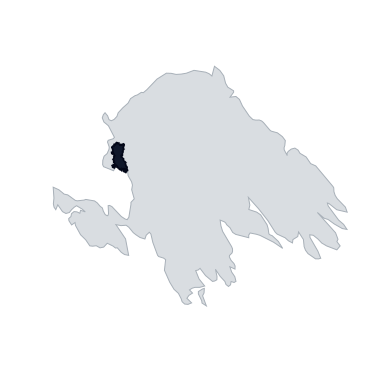 Ballybay-Clones Lea-5, Monaghan, Ireland (highlighted), rotated 243°
{"feature_id": "5873133B63636578816304", "entity_name": "Ballybay-Clones Lea-5", "entity_type": "district", "adm_level": 2, "iso_a3": "IRL", "parent_name": "Ireland", "parent_adm1": "Monaghan", "projection": "equal_earth", "projection_center": [-7.062, 54.133], "detail": "fine", "context": "in_parent", "style": "filled", "palette": "ink", "viewbox_px": 384, "rotation_deg": 243, "n_neighbors": 0, "source": "geoboundaries", "source_scale": "gbopen_adm2", "svg_char_len": 8682}
<svg xmlns="http://www.w3.org/2000/svg" viewBox="0 0 384 384"><g transform="rotate(243 192 192)"><path d="M245.8,80.0L237.5,84.2L236.2,85.8L233.8,92.2L233.6,94.0L228.3,101.1L225.4,102.6L220.9,103.7L218.4,104.9L215.3,104.3L211.3,104.4L209.3,105.7L209.4,106.7L210.6,107.8L217.9,111.1L217.5,112.4L215.4,114.0L202.2,117.9L198.2,120.2L196.8,121.7L198.2,124.3L208.7,132.0L210.5,132.9L212.1,137.4L221.4,139.3L225.2,142.1L228.5,142.8L235.6,142.5L238.5,143.6L240.1,142.8L241.1,141.3L249.1,135.8L246.6,131.7L254.7,124.7L256.9,124.8L260.7,126.9L263.8,129.9L264.8,133.9L267.8,137.5L269.7,138.7L274.9,139.4L276.1,140.8L275.2,146.0L275.9,147.7L289.0,147.6L294.3,145.3L298.8,145.7L301.1,148.1L302.1,150.5L298.2,151.4L294.1,150.9L292.1,152.5L292.0,155.5L293.4,159.4L296.1,162.2L298.4,168.5L300.2,175.4L303.1,179.6L303.7,184.9L303.3,187.4L303.8,192.1L302.6,193.7L303.6,198.1L308.5,212.1L309.5,223.1L307.2,227.3L304.0,231.2L302.0,235.8L300.4,240.9L299.5,249.0L292.6,258.5L289.7,260.9L286.3,262.4L293.8,269.1L287.7,272.0L281.1,273.0L273.7,271.3L269.1,271.5L263.3,275.0L262.0,274.4L259.2,268.9L257.2,274.5L253.0,276.3L245.7,276.0L233.6,277.5L228.9,279.1L227.0,281.6L225.6,284.6L223.7,286.3L221.5,287.2L212.1,289.4L210.3,290.2L205.9,295.0L200.2,297.7L195.5,298.5L191.3,295.8L189.6,294.1L187.7,293.3L181.2,293.4L183.3,294.2L184.5,296.2L185.2,299.9L184.4,303.6L181.2,305.5L177.4,305.8L171.4,309.6L163.4,310.6L159.1,314.1L132.9,320.1L131.4,320.2L127.8,318.6L123.9,318.0L120.0,318.4L108.9,321.8L103.6,321.1L110.5,312.9L119.7,308.7L120.7,307.6L117.7,307.0L100.4,309.9L94.3,312.4L88.3,313.1L91.2,309.3L99.0,304.2L105.7,300.8L108.7,297.8L116.9,294.4L90.5,301.4L83.6,300.6L82.0,298.6L76.7,299.5L74.7,294.8L82.8,287.5L87.5,284.5L93.1,282.8L98.4,280.4L100.4,277.5L97.9,276.5L82.1,277.3L74.5,276.6L75.0,274.3L76.4,271.7L84.4,267.4L88.6,266.7L92.4,267.1L99.1,269.7L108.0,268.8L104.3,266.0L103.8,260.3L101.0,258.4L104.7,255.8L108.9,254.2L115.9,248.7L118.4,247.9L132.1,246.6L146.9,243.7L161.6,239.8L154.1,237.6L150.6,234.7L144.7,240.5L140.5,242.8L128.8,244.0L125.1,243.3L119.8,241.5L118.2,242.2L116.7,243.6L108.8,246.5L100.6,247.2L110.2,241.9L122.5,232.9L125.2,230.1L129.1,225.2L127.9,223.0L125.5,221.8L134.4,211.7L137.5,209.9L143.0,209.6L147.2,208.0L149.0,208.0L150.6,207.4L154.2,204.3L148.7,202.4L143.0,201.4L125.3,202.5L123.0,202.3L120.9,201.3L119.5,200.0L118.4,196.6L117.2,195.8L113.2,195.8L109.2,196.9L106.5,196.8L103.8,195.3L108.2,191.8L102.7,191.0L97.1,191.7L92.4,190.6L92.3,188.4L94.5,186.2L91.8,184.2L91.3,181.6L94.2,180.3L97.4,180.7L104.0,178.8L112.5,177.8L105.3,175.9L102.5,174.3L102.4,171.8L103.0,169.7L111.4,166.1L120.3,164.5L119.7,162.1L120.3,159.6L111.4,158.8L102.5,160.6L103.5,155.7L105.7,151.3L106.2,148.4L105.9,145.3L101.7,146.6L101.3,142.3L99.6,139.2L93.4,141.3L93.7,137.4L95.5,134.6L98.7,133.4L101.9,133.9L107.8,133.9L113.5,131.8L121.7,131.2L134.8,131.9L143.7,137.8L146.0,136.7L149.6,133.0L151.3,132.6L164.8,134.2L173.2,136.3L175.5,135.7L174.3,131.6L171.5,128.7L175.1,125.0L179.6,122.5L182.5,121.2L189.3,119.7L192.3,118.2L194.3,113.4L197.5,109.4L180.4,111.5L164.3,106.8L166.9,103.5L170.3,101.6L176.2,100.1L176.8,98.4L179.8,97.0L184.8,93.2L183.0,88.3L184.0,84.7L187.6,82.3L188.8,78.9L190.4,76.5L197.6,75.6L204.5,73.3L215.1,73.0L217.9,73.9L217.3,69.8L222.3,69.3L224.3,70.1L225.1,73.0L227.4,74.8L228.1,78.0L226.5,80.5L224.0,82.4L226.3,84.4L222.7,87.9L226.6,86.4L232.2,82.9L231.9,80.1L230.9,76.6L229.4,73.4L230.1,69.9L233.3,67.7L241.5,66.6L238.1,62.6L241.1,62.2L244.4,63.1L249.2,66.2L259.3,70.5L254.4,74.4L248.2,77.1L245.8,80.0ZM100.8,157.4L100.5,159.2L96.6,156.9L94.7,154.3L84.0,153.1L88.5,150.5L90.7,151.3L98.3,151.4L100.4,152.5L100.8,157.4Z" fill="#d9dde1" stroke="#a8b0b8" stroke-width="1"/><path d="M268.5,141.4L268.3,141.3L268.4,141.1L268.1,140.8L268.1,140.7L267.9,140.6L267.5,140.9L267.2,140.9L267.0,141.0L266.9,140.8L266.7,140.8L266.6,140.7L266.2,140.6L266.2,140.8L265.9,140.9L265.7,140.8L265.4,140.4L265.2,140.5L264.9,140.3L264.7,140.2L264.3,140.0L263.8,139.9L263.7,139.7L263.9,139.6L263.9,139.4L264.0,139.1L263.9,139.0L263.9,138.8L263.9,138.6L263.6,138.6L263.4,138.4L263.6,138.2L263.0,138.0L262.7,137.9L262.3,138.1L262.1,138.4L261.7,138.5L261.6,138.8L261.6,139.0L261.9,139.1L262.0,139.3L261.9,139.5L262.0,139.7L261.9,139.7L261.5,139.8L261.2,139.6L260.9,139.6L260.5,139.5L260.4,139.6L259.7,139.7L259.8,139.4L259.7,139.0L259.3,139.2L259.0,139.1L259.1,138.8L259.0,138.7L258.5,138.4L258.4,138.2L258.5,138.1L258.2,138.0L257.9,138.1L257.8,137.8L257.7,137.7L257.5,137.4L257.4,137.2L256.9,136.9L256.8,136.7L257.0,136.7L257.0,136.4L256.6,136.5L256.3,136.4L256.0,136.4L256.0,136.5L255.3,136.9L255.0,136.7L254.8,136.8L254.8,136.6L254.8,136.4L254.6,136.4L254.6,136.1L254.6,135.9L254.3,135.7L253.8,135.6L253.7,135.9L253.8,136.0L254.0,136.1L253.7,136.2L253.1,136.1L252.7,136.2L252.4,136.1L251.9,136.1L251.7,135.9L251.2,135.5L251.7,135.2L251.9,134.8L251.9,134.6L251.7,134.5L251.4,134.6L251.2,134.2L251.3,134.0L251.7,134.1L252.0,134.0L251.8,133.8L251.8,133.6L251.5,133.6L251.1,133.3L251.5,133.1L251.7,132.8L251.1,132.8L250.8,132.7L250.5,132.5L250.1,132.5L249.8,132.7L249.9,132.9L249.9,133.0L250.0,133.3L249.6,133.4L249.1,133.3L248.8,133.6L249.0,133.7L248.9,133.8L249.3,134.0L249.2,134.1L249.3,134.5L249.8,134.7L249.8,134.8L249.8,135.0L249.3,135.1L249.0,135.4L248.9,135.5L249.6,135.8L249.6,136.0L249.4,136.2L249.4,136.3L249.6,136.4L249.5,136.7L249.7,136.8L249.3,136.9L249.2,137.0L248.3,137.2L248.0,137.2L247.8,137.0L247.6,137.1L247.6,136.8L247.4,136.8L247.2,136.8L247.0,137.1L246.8,137.4L246.3,137.6L246.0,137.5L245.6,137.4L245.0,137.7L245.0,137.8L245.1,138.0L244.7,137.9L244.2,138.1L244.1,138.4L244.1,138.5L244.5,138.4L244.6,138.5L245.0,138.5L244.8,138.6L244.8,138.8L244.4,138.9L244.0,138.8L243.6,138.9L243.8,139.0L243.7,139.3L243.6,139.5L243.8,139.6L243.7,139.9L243.8,140.0L243.9,139.9L244.0,140.2L244.4,140.2L244.6,140.3L244.4,140.4L243.9,140.6L243.7,140.7L243.7,140.8L243.7,141.1L243.9,141.1L244.0,141.3L243.7,141.4L243.6,141.6L243.6,141.8L243.4,142.0L243.5,142.3L243.4,142.3L243.4,142.5L243.1,142.7L242.6,143.0L242.5,143.3L242.6,143.5L242.3,143.5L241.9,143.7L241.5,143.6L241.3,143.5L241.3,143.2L241.0,142.9L241.5,142.8L241.8,143.0L242.2,142.6L242.3,142.4L241.4,142.1L241.5,141.7L242.0,141.7L242.3,141.4L242.2,141.2L242.5,140.5L241.9,140.2L241.8,140.4L241.4,140.6L240.9,140.6L240.7,140.8L240.5,141.0L240.4,141.1L240.2,141.4L240.1,141.6L239.3,141.9L239.4,142.1L239.7,142.1L239.9,142.3L240.0,142.7L240.3,142.5L240.5,142.5L240.4,142.7L240.8,142.9L240.6,143.2L241.2,143.5L241.0,143.9L240.7,143.9L240.7,144.0L240.4,144.1L240.3,144.4L240.7,144.6L241.0,144.4L241.4,144.6L241.8,144.5L242.1,144.5L242.4,144.8L242.8,145.0L243.0,145.2L243.4,145.4L243.6,145.2L244.1,145.3L244.3,145.5L244.7,145.3L244.5,145.1L244.2,145.0L244.2,144.9L244.5,144.9L245.0,145.2L245.5,144.8L245.8,145.1L246.2,145.2L246.2,145.3L246.3,145.3L246.6,145.5L247.0,145.2L247.1,145.3L247.2,145.5L247.6,145.6L247.8,145.9L248.0,145.8L248.5,145.7L248.7,145.8L248.7,146.1L248.8,146.0L249.4,146.2L250.2,145.8L250.3,145.5L250.6,145.4L251.1,145.3L252.0,145.4L252.1,145.7L252.4,145.7L252.5,145.8L252.4,146.1L252.7,146.2L253.1,146.0L253.2,145.7L253.5,145.7L254.5,145.4L254.6,145.2L254.8,145.0L255.0,144.9L255.0,145.0L255.3,145.0L255.5,145.2L256.0,145.2L256.4,145.1L256.5,145.2L256.5,145.4L256.6,145.5L256.1,145.6L255.8,145.8L255.8,146.0L256.0,146.4L256.1,146.5L256.7,146.5L256.8,146.5L256.7,146.7L256.9,146.7L257.2,147.3L258.1,147.5L258.3,148.0L258.5,148.3L258.7,148.5L259.1,148.6L259.1,148.9L259.4,149.0L259.7,148.7L259.8,148.9L259.8,149.0L260.0,149.1L260.2,149.3L260.4,149.3L260.5,149.4L260.7,149.7L260.6,149.8L260.8,150.0L260.8,150.4L261.3,150.7L261.3,150.8L261.5,150.7L261.9,150.5L262.1,150.6L262.3,150.8L262.6,151.0L262.8,150.8L263.2,150.8L263.3,151.0L263.2,151.1L263.1,151.4L264.0,151.8L263.6,151.9L263.7,152.1L264.5,152.3L264.6,152.6L264.4,152.7L264.6,152.9L264.6,153.0L264.8,153.1L265.3,153.2L265.4,152.9L265.7,152.9L266.1,152.8L266.1,152.6L265.8,152.5L265.8,152.3L266.1,151.9L265.9,151.7L265.7,151.5L265.7,151.2L265.8,151.1L265.6,150.9L265.6,150.6L266.0,150.5L266.5,150.6L266.6,150.3L266.7,150.1L266.6,149.8L266.4,149.5L266.1,149.5L266.4,148.9L267.1,149.2L267.1,148.9L267.3,148.7L267.8,148.7L268.2,148.8L268.5,149.0L268.5,148.8L268.7,148.6L269.0,148.7L269.5,148.4L269.4,148.2L269.6,148.0L269.4,147.8L269.7,147.8L269.9,147.5L270.2,147.3L269.7,146.9L269.8,146.8L270.1,146.4L269.2,145.8L269.3,145.5L269.0,145.3L269.3,145.2L269.5,145.3L269.6,145.2L269.5,144.9L269.6,144.7L269.3,144.3L269.9,144.5L270.0,144.4L269.9,144.2L269.6,143.9L268.9,143.8L268.5,143.6L268.4,143.5L268.9,143.4L268.8,143.2L268.6,143.0L268.6,142.8L268.8,142.4L268.5,142.3L268.4,142.1L268.5,141.9L268.3,141.7L268.5,141.4Z" fill="#0f172a" stroke="#020617" stroke-width="1.5"/></g></svg>